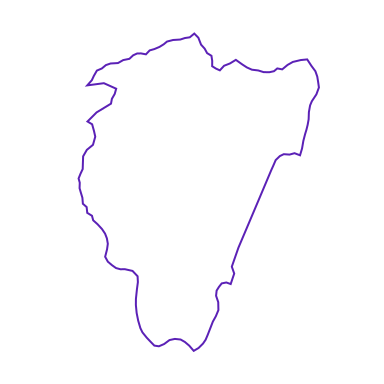 Candeias, Bahia, Brazil, rotated 6°
{"feature_id": "56859067B39745147168905", "entity_name": "Candeias", "entity_type": "district", "adm_level": 2, "iso_a3": "BRA", "parent_name": "Brazil", "parent_adm1": "Bahia", "projection": "robinson", "projection_center": [-38.483, -12.69], "detail": "fine", "context": "isolated", "style": "outline", "palette": "violet", "viewbox_px": 384, "rotation_deg": 6, "n_neighbors": 0, "source": "geoboundaries", "source_scale": "gbopen_adm2", "svg_char_len": 1899}
<svg xmlns="http://www.w3.org/2000/svg" viewBox="0 0 384 384"><g transform="rotate(6 192 192)"><path d="M304.5,64.1L302.1,59.0L297.6,54.1L292.7,48.1L286.4,49.4L278.7,52.1L273.8,55.6L268.9,60.6L263.9,60.2L260.9,63.3L256.4,64.8L250.7,65.3L245.2,64.2L238.8,64.1L233.6,62.4L228.7,59.9L221.8,56.0L216.3,60.2L210.7,63.1L207.0,68.1L203.0,66.8L198.9,64.8L198.4,59.5L197.1,54.5L192.5,52.3L189.6,48.1L185.6,44.5L182.2,37.9L177.7,34.2L173.6,38.4L168.9,39.6L164.4,41.6L157.3,42.8L151.4,45.0L148.5,48.0L144.5,51.1L139.6,53.8L135.1,55.6L131.8,59.9L126.8,59.5L122.9,60.0L119.2,62.2L115.8,66.1L109.8,68.0L104.9,71.5L97.6,72.7L93.1,74.8L89.4,78.6L84.7,81.2L82.2,86.9L80.7,91.3L76.7,96.9L93.0,93.0L105.8,97.2L104.9,102.5L102.6,107.7L102.2,112.6L88.8,122.8L80.7,132.8L85.6,135.1L88.2,141.7L90.0,147.1L88.6,155.4L83.0,161.1L80.0,167.9L80.4,173.7L80.9,180.6L79.2,185.5L77.8,190.4L79.4,194.5L79.8,200.0L81.5,204.2L83.6,209.2L84.7,215.1L88.8,218.0L90.0,223.7L95.0,226.1L96.7,230.5L101.4,233.9L106.4,238.3L109.9,242.5L112.2,247.0L113.7,252.3L113.5,257.9L112.4,265.5L115.6,270.1L120.0,273.1L124.4,275.6L128.9,276.3L133.4,275.8L141.1,276.7L146.7,281.5L147.6,287.3L147.4,294.5L147.4,304.2L148.0,310.3L149.6,318.1L151.9,325.5L154.9,332.8L157.4,336.8L162.2,341.6L166.5,345.3L170.6,348.7L175.2,348.9L180.2,346.1L185.1,341.6L190.3,339.9L196.1,339.9L200.6,341.9L205.3,345.1L210.3,349.8L214.8,346.5L218.8,341.6L221.0,337.5L222.5,332.6L224.4,325.7L226.3,318.7L228.7,313.1L230.6,306.7L229.6,298.8L226.8,292.7L226.8,287.5L228.7,283.6L231.1,279.8L235.6,278.4L240.1,279.5L242.5,268.7L239.4,262.1L244.0,242.5L250.0,222.9L259.0,193.4L268.6,161.8L270.0,157.6L271.9,151.5L275.6,147.1L279.3,144.8L285.1,144.6L289.9,142.7L295.6,144.2L296.9,137.2L297.4,129.5L298.4,122.8L299.3,118.1L300.0,113.1L300.4,107.5L299.9,100.3L300.4,93.5L301.7,89.2L305.5,81.9L307.3,74.8L305.9,69.2L304.5,64.1Z" fill="none" stroke="#5b21b6" stroke-width="2"/></g></svg>